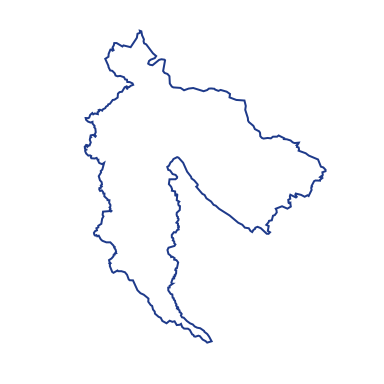 the district of Aipe, Huila, Colombia, rotated 286°
{"feature_id": "7082276B31723879079802", "entity_name": "Aipe", "entity_type": "district", "adm_level": 2, "iso_a3": "COL", "parent_name": "Colombia", "parent_adm1": "Huila", "projection": "albers", "projection_center": [-75.403, 3.239], "detail": "fine", "context": "isolated", "style": "outline", "palette": "blue", "viewbox_px": 384, "rotation_deg": 286, "n_neighbors": 0, "source": "geoboundaries", "source_scale": "gbopen_adm2", "svg_char_len": 5972}
<svg xmlns="http://www.w3.org/2000/svg" viewBox="0 0 384 384"><g transform="rotate(286 192 192)"><path d="M269.1,265.8L270.2,259.7L268.6,258.5L267.5,254.6L265.3,253.0L264.8,249.8L263.1,246.1L263.2,244.4L264.4,242.3L267.6,241.1L268.8,239.9L269.8,235.1L272.5,232.8L274.9,227.4L276.1,226.2L278.5,225.3L285.7,220.5L289.5,220.0L294.4,217.2L292.7,209.2L293.3,202.0L296.7,201.5L298.0,197.7L298.0,191.4L296.5,189.5L296.8,186.0L297.4,185.1L296.8,181.8L296.0,179.7L294.2,178.5L292.1,175.4L292.3,164.5L290.5,160.3L287.6,156.3L288.9,152.3L287.4,145.2L287.8,143.5L290.1,140.8L297.1,138.4L298.7,135.9L298.9,132.8L300.3,130.9L311.2,129.8L311.6,129.1L311.2,126.1L310.0,124.0L303.0,119.1L302.7,116.5L303.3,114.5L306.1,114.6L307.8,115.8L310.4,119.3L312.8,120.1L314.5,116.3L321.3,107.3L321.7,105.0L323.5,103.9L325.5,103.7L328.9,100.8L332.5,99.0L332.6,97.4L331.2,98.1L330.4,97.8L329.1,96.0L325.1,96.5L314.3,93.1L314.0,85.7L312.7,85.0L314.4,78.5L313.7,76.2L311.4,76.4L309.1,75.8L306.7,77.5L305.9,76.6L306.8,75.1L306.4,74.3L301.8,73.8L299.0,74.4L296.1,71.9L290.3,76.8L289.1,77.3L286.3,79.8L286.5,82.0L284.8,85.0L282.9,86.4L282.7,88.5L283.8,90.9L283.6,95.0L281.8,96.7L282.0,98.5L279.9,99.5L280.5,101.8L280.0,104.9L278.8,105.9L277.1,103.7L275.6,102.8L275.3,101.7L273.5,101.4L273.5,100.8L275.4,99.9L274.1,98.4L269.1,97.1L268.0,94.8L266.1,93.7L262.3,94.5L259.4,92.1L258.6,90.4L254.2,88.8L253.1,87.3L251.9,87.3L250.3,85.8L248.7,85.5L246.7,83.4L245.5,83.3L245.7,80.7L245.0,79.7L243.9,80.4L242.6,79.3L240.9,80.0L240.7,76.9L239.4,75.6L240.4,74.4L238.1,72.9L235.2,72.7L234.4,71.9L233.8,69.4L232.2,70.3L231.0,72.7L230.8,75.3L232.0,77.0L230.4,77.5L228.6,80.2L227.3,80.2L226.3,81.6L222.9,83.0L220.2,82.6L219.3,84.1L218.5,83.8L219.7,81.3L218.5,79.0L217.2,79.1L216.8,79.9L215.8,79.2L213.9,79.4L211.8,81.0L208.5,80.7L208.1,79.8L207.0,79.2L208.2,78.6L208.1,77.3L207.1,76.9L206.4,77.4L205.8,76.5L204.3,77.1L203.5,78.7L202.7,77.8L201.6,78.2L199.8,79.7L198.4,82.3L199.1,83.9L198.8,85.2L197.3,85.3L196.7,86.0L197.4,89.3L198.5,90.9L196.9,92.4L197.2,93.1L195.7,93.5L194.3,94.9L194.0,98.0L195.8,99.5L188.8,99.6L187.0,98.5L185.8,99.2L181.5,98.0L177.9,100.3L176.6,102.4L174.4,103.4L173.2,102.6L172.4,103.7L171.7,103.0L170.7,103.1L170.2,101.9L168.8,102.2L167.7,103.4L168.7,104.8L167.4,106.6L166.1,107.2L166.3,108.3L163.7,108.9L161.7,112.9L160.9,113.1L161.3,114.9L158.8,115.3L157.0,117.2L155.4,117.5L154.5,117.0L153.7,118.1L152.5,117.9L151.6,119.8L150.9,119.4L151.1,118.5L148.6,111.9L145.3,112.4L144.2,113.6L141.5,113.0L136.4,113.6L133.7,111.2L132.2,111.7L130.8,110.1L129.0,111.2L127.5,109.5L125.6,109.0L124.0,109.9L123.4,111.0L124.2,112.1L123.3,113.1L124.3,114.4L121.4,117.3L120.4,119.3L120.0,123.6L121.1,127.4L118.8,131.4L117.6,132.2L117.7,132.9L116.5,133.1L115.6,134.4L113.7,135.5L112.9,135.2L112.3,136.0L111.3,134.6L110.5,134.9L109.8,134.0L108.5,134.2L105.8,132.9L103.7,131.0L101.8,132.1L101.2,133.2L100.5,132.3L99.8,133.1L98.2,133.4L93.2,137.3L92.7,138.8L96.0,142.0L95.5,142.8L96.4,145.8L96.4,149.6L94.5,152.4L90.5,155.3L90.0,156.5L90.8,159.6L82.5,166.7L80.5,170.4L80.0,173.9L77.6,179.5L74.5,180.2L71.9,183.5L71.5,185.1L68.3,186.9L66.8,189.1L64.9,189.9L62.8,194.3L62.5,196.6L59.9,199.0L58.8,203.7L62.1,206.0L61.8,208.9L62.9,210.9L59.9,214.0L61.0,216.8L62.2,217.8L59.6,219.7L58.5,222.1L59.5,225.7L58.8,227.9L55.2,231.4L55.0,232.7L53.8,233.9L53.9,235.2L55.6,237.7L55.6,239.3L53.1,242.9L52.4,246.2L51.4,248.1L53.9,252.0L57.7,248.3L59.7,245.8L61.0,242.5L61.8,241.9L63.3,237.5L63.0,234.3L63.5,231.6L64.9,229.3L65.2,226.4L66.6,222.6L68.9,218.7L68.8,216.9L70.4,215.3L71.9,215.7L73.0,214.3L73.0,213.3L74.8,212.6L75.2,211.4L76.3,210.9L75.9,210.4L76.8,210.2L76.5,209.6L77.7,209.6L77.8,208.7L78.6,208.0L79.7,208.0L80.8,206.6L82.9,205.6L83.5,204.2L84.8,203.8L85.1,202.5L88.1,201.3L88.2,199.6L90.8,196.4L93.5,195.5L94.1,196.8L95.5,196.3L98.5,198.7L98.3,197.9L99.3,197.1L103.3,197.3L104.0,198.7L105.2,198.4L105.3,197.0L105.9,198.6L106.9,199.0L107.5,198.3L109.1,199.2L112.1,198.5L112.4,197.4L114.1,197.5L114.6,198.5L120.5,198.1L122.2,195.8L122.1,193.5L123.6,193.5L124.4,191.1L123.7,189.9L124.9,189.1L126.0,186.4L129.5,184.4L132.0,184.8L135.3,190.0L137.0,190.5L137.8,189.1L139.6,188.5L140.2,186.9L141.6,187.1L142.5,186.5L142.7,185.2L145.1,184.4L148.4,185.7L148.6,187.5L151.3,188.2L152.3,189.5L153.7,188.5L154.4,189.1L155.5,188.8L155.6,187.8L157.8,187.2L158.2,185.5L161.2,186.7L162.4,186.5L162.9,185.5L164.1,185.4L164.7,184.2L166.1,183.4L167.9,183.1L171.3,185.2L175.1,184.3L175.4,182.9L176.5,182.2L177.8,181.8L179.2,182.4L179.9,179.6L185.3,178.6L185.5,178.2L184.1,177.5L184.1,176.9L187.9,175.6L187.7,172.3L189.2,172.1L191.3,170.5L193.2,167.6L198.0,166.9L199.7,172.6L201.3,173.7L202.4,173.6L203.9,171.5L203.9,168.4L206.7,165.0L206.7,163.1L209.3,161.3L210.9,162.6L214.5,163.2L216.1,164.4L218.6,165.1L221.4,168.1L221.3,169.6L217.7,175.4L210.2,181.7L206.4,186.9L204.9,187.8L203.8,190.9L200.8,195.4L199.7,195.6L198.3,194.6L193.1,202.4L192.6,204.9L189.9,207.6L188.1,213.0L185.6,216.3L185.4,218.6L183.3,222.7L179.8,234.6L175.2,244.9L174.4,249.4L172.3,252.6L172.8,256.6L170.7,258.9L170.1,260.9L172.7,261.6L173.8,262.7L175.1,262.7L176.6,264.6L176.2,268.1L172.5,275.3L172.9,277.1L174.8,278.1L175.5,275.6L180.4,275.1L180.9,272.5L183.9,273.9L185.5,274.0L186.8,276.5L191.5,276.4L192.7,278.0L195.7,279.1L197.8,278.2L199.0,277.1L203.1,282.5L202.3,288.3L205.2,291.0L207.9,289.8L208.0,288.7L208.9,289.1L208.7,287.6L211.0,286.7L212.6,288.3L215.0,287.2L216.5,287.3L215.4,293.4L216.3,294.0L217.9,292.1L219.1,292.2L219.3,297.6L218.5,301.6L220.7,303.9L220.3,305.2L227.0,306.4L228.2,305.7L229.4,305.4L230.2,305.9L230.8,305.3L236.1,306.4L237.1,307.5L238.2,311.9L238.9,311.7L241.2,313.3L241.6,311.0L243.0,312.0L243.1,312.8L244.5,313.0L246.9,311.9L248.8,314.6L250.1,314.3L251.8,311.5L251.9,308.9L258.0,304.2L259.2,294.2L260.6,290.6L261.1,283.1L262.6,283.1L264.2,282.2L264.2,280.5L265.3,280.5L265.7,279.6L267.6,280.9L268.9,281.1L267.3,277.1L267.5,275.1L268.7,272.6L268.8,268.6L268.2,265.8L269.1,265.8Z" fill="none" stroke="#1e3a8a" stroke-width="2"/></g></svg>